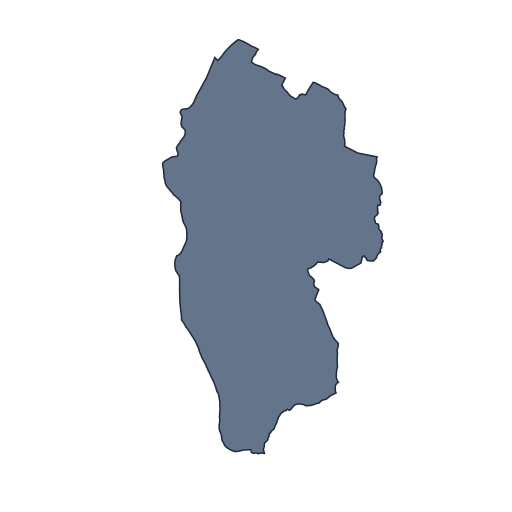 Makete, Njombe, United Republic of Tanzania, rotated 30°
{"feature_id": "72390352B51873582002434", "entity_name": "Makete", "entity_type": "district", "adm_level": 2, "iso_a3": "TZA", "parent_name": "United Republic of Tanzania", "parent_adm1": "Njombe", "projection": "albers", "projection_center": [34.157, -9.274], "detail": "fine", "context": "isolated", "style": "filled", "palette": "slate", "viewbox_px": 512, "rotation_deg": 30, "n_neighbors": 0, "source": "geoboundaries", "source_scale": "gbopen_adm2", "svg_char_len": 6036}
<svg xmlns="http://www.w3.org/2000/svg" viewBox="0 0 512 512"><g transform="rotate(30 256 256)"><path d="M231.2,352.7L234.5,353.9L237.7,355.7L245.4,359.7L246.7,360.5L248.3,361.8L252.4,364.6L253.5,365.9L255.2,367.3L260.2,371.2L264.0,373.5L264.4,373.6L264.6,373.9L266.4,375.0L267.8,376.0L268.7,376.9L271.2,378.4L271.7,379.0L272.8,379.8L274.1,380.4L275.7,381.6L276.9,382.6L282.4,386.3L285.0,388.3L290.2,393.1L290.8,393.3L292.6,394.4L297.7,400.5L299.1,403.1L301.0,405.8L304.6,413.2L305.5,414.7L306.7,416.2L308.6,420.7L309.5,422.4L309.9,422.9L310.2,423.6L310.8,424.4L311.4,424.9L312.2,425.8L314.3,427.3L315.8,428.8L317.3,430.8L318.1,431.8L318.7,432.5L319.7,433.3L321.1,433.8L323.3,435.6L325.2,436.2L326.7,436.5L328.6,436.6L331.1,436.6L333.0,436.4L334.9,436.1L336.4,435.4L339.5,433.0L341.5,430.9L343.3,429.5L348.4,426.3L348.8,426.7L349.6,427.6L349.9,428.3L352.0,428.3L352.5,428.1L354.6,426.4L355.0,426.2L355.3,426.1L356.2,426.3L356.7,426.2L358.3,424.5L360.0,423.5L361.0,423.2L362.0,422.7L360.5,421.1L359.0,419.9L358.7,417.8L358.0,415.9L356.8,413.6L357.8,411.3L358.1,409.0L357.3,407.3L357.5,406.2L357.1,404.9L356.2,403.2L357.0,402.0L357.0,400.2L357.6,397.6L358.1,396.3L357.6,394.6L357.4,392.1L357.4,390.1L356.7,388.2L356.6,386.6L356.0,384.5L356.4,382.5L356.1,380.5L357.8,376.4L359.4,374.6L359.8,373.1L361.9,373.0L362.7,371.8L363.1,370.8L363.0,369.7L363.4,368.6L363.4,367.9L363.6,366.8L364.1,365.9L364.2,365.4L364.7,364.7L366.0,363.5L367.8,362.2L368.3,362.0L369.3,361.8L370.5,361.1L371.9,360.8L373.7,360.8L374.3,360.6L374.7,360.4L376.6,359.1L378.6,357.6L379.4,356.8L380.8,355.2L381.3,354.5L384.5,351.3L384.3,350.2L385.6,347.8L387.1,346.1L388.4,344.9L389.5,342.3L390.3,339.8L392.3,336.9L393.8,334.5L392.6,333.7L391.9,332.7L390.6,330.7L390.1,329.8L389.7,328.8L389.5,327.0L389.9,325.3L390.5,324.0L389.8,324.0L386.3,321.3L383.4,315.7L381.8,310.9L378.6,306.1L376.5,302.2L375.4,299.7L373.8,297.8L373.1,296.1L372.2,292.8L371.5,291.5L370.8,290.4L365.5,288.8L364.6,288.1L363.1,287.6L362.6,287.2L362.3,286.8L361.5,286.4L360.7,285.6L359.7,285.0L356.7,282.4L352.1,279.4L351.1,278.1L340.5,269.3L339.0,268.5L337.7,267.5L336.7,267.0L335.6,266.0L330.7,265.3L328.9,264.5L327.7,258.0L327.4,254.2L327.0,253.7L322.6,253.4L320.8,252.4L319.4,250.3L319.2,248.4L317.9,247.4L314.5,246.4L312.8,246.4L310.3,244.9L307.9,242.6L307.4,241.3L308.8,239.3L309.3,239.1L310.7,236.6L312.0,233.3L312.4,230.5L312.6,230.5L313.9,229.7L317.7,227.9L319.9,225.6L320.7,224.1L320.5,222.2L339.7,221.4L341.9,220.6L343.2,220.0L344.9,218.8L346.4,216.4L347.6,214.0L348.7,212.4L350.4,209.6L348.6,203.6L348.8,202.7L349.0,202.2L349.6,201.9L350.5,202.5L351.9,202.5L354.4,204.3L356.6,203.5L360.1,201.7L361.2,197.8L360.7,194.9L360.7,193.3L361.1,192.0L361.9,190.1L360.2,187.9L360.5,186.6L360.4,185.5L359.9,185.1L359.3,183.5L359.4,182.7L358.7,182.2L358.7,180.9L358.9,180.0L358.6,179.5L355.9,177.8L355.8,176.6L355.4,176.2L354.3,173.8L352.5,173.0L352.5,172.3L349.6,171.4L348.5,170.9L348.1,169.5L347.1,168.8L346.5,167.7L346.1,167.3L345.3,167.4L343.5,168.0L342.4,167.0L341.7,166.1L340.7,165.4L339.9,164.6L339.3,162.7L339.8,160.9L340.4,159.5L340.4,158.8L340.1,157.1L339.0,156.7L338.6,156.1L338.1,154.5L337.1,153.6L336.1,151.1L337.8,150.2L337.9,149.1L337.4,148.4L337.3,147.2L336.9,146.7L334.5,144.6L333.2,142.4L333.4,140.9L334.1,139.0L333.6,138.0L330.6,134.1L327.1,131.4L323.6,129.7L319.4,128.9L317.7,127.8L317.1,125.6L315.1,120.3L314.2,116.5L313.3,113.7L311.9,111.9L311.3,109.6L292.7,115.9L277.7,116.6L277.8,116.0L277.1,115.0L275.6,112.4L274.0,110.2L273.7,110.1L273.2,109.6L272.8,109.4L271.1,107.0L270.9,105.8L270.7,105.4L270.1,104.8L269.6,104.2L269.3,103.2L269.3,102.5L269.0,101.8L268.1,100.6L267.6,98.6L266.9,97.6L266.4,96.2L265.4,94.1L262.1,88.8L261.6,87.4L261.0,86.5L260.6,85.3L260.5,84.1L260.6,83.8L257.8,82.3L253.7,79.5L250.4,78.3L249.2,78.1L247.1,76.5L246.9,76.5L246.4,75.7L245.3,76.0L244.2,76.6L238.9,76.6L236.4,76.0L236.1,75.7L234.5,75.4L232.5,75.6L230.5,75.8L229.6,76.1L228.0,76.3L226.1,76.1L225.2,76.1L223.3,76.4L221.9,76.3L220.2,76.6L219.2,76.7L218.8,76.9L218.6,77.1L218.6,79.0L218.3,83.8L218.4,84.9L218.3,86.9L218.4,91.6L214.5,92.9L214.0,94.6L213.5,94.7L213.1,94.7L213.3,97.3L212.9,98.7L211.5,100.4L205.3,100.1L202.3,99.0L200.9,98.3L197.9,97.8L195.6,96.6L194.5,95.7L192.9,95.3L192.7,90.8L192.5,88.4L192.4,87.2L191.2,87.4L186.0,87.6L182.3,88.3L182.2,88.9L179.9,88.9L174.7,89.5L172.4,89.1L170.9,89.0L167.2,89.2L164.6,89.6L159.6,90.7L157.9,90.5L155.1,90.5L153.9,85.3L154.6,82.6L154.6,80.4L154.2,79.0L154.7,75.9L152.8,75.9L149.7,76.1L147.4,76.6L145.5,76.4L138.0,76.5L137.2,76.7L133.3,77.2L132.3,77.7L131.0,80.7L129.0,86.3L127.0,94.6L126.7,97.0L126.6,99.2L126.2,101.0L125.8,103.3L125.3,105.2L125.0,105.6L123.1,105.3L121.1,104.6L124.0,126.1L124.4,147.0L125.3,154.8L124.8,158.7L124.1,160.7L123.3,162.4L119.4,165.4L118.2,166.6L118.3,169.1L119.0,170.0L121.6,171.8L122.6,172.9L123.7,176.1L125.0,179.2L126.2,180.2L127.0,181.1L130.6,182.1L131.5,182.4L132.0,182.8L132.7,184.0L132.9,184.6L133.3,184.9L133.6,185.6L133.6,185.8L133.8,186.9L134.0,188.7L133.2,194.3L133.3,195.2L133.4,196.5L133.2,196.8L133.0,198.5L133.0,200.0L132.9,200.3L132.9,201.5L133.2,202.5L134.7,204.1L136.1,205.1L136.7,205.7L137.0,206.3L137.0,206.5L137.0,206.4L138.1,207.9L137.9,208.9L136.6,210.0L135.4,210.8L133.9,212.2L133.6,212.3L133.0,213.3L130.1,218.5L129.9,218.6L129.0,220.9L129.0,222.3L128.9,222.3L129.3,223.4L129.8,224.2L132.9,227.7L134.3,229.9L135.7,231.7L137.5,234.5L138.9,235.5L141.0,238.3L143.1,239.9L145.9,241.1L146.9,241.3L148.7,242.2L152.2,243.2L153.4,244.0L154.5,244.3L156.5,244.5L158.3,244.8L160.3,245.3L162.3,246.1L163.6,246.4L164.1,247.2L165.2,249.4L166.8,251.9L167.7,253.8L174.1,260.9L174.6,261.8L174.8,261.8L176.8,263.5L179.1,264.8L180.0,265.6L181.1,266.3L181.6,266.7L183.4,268.9L185.0,271.4L186.7,274.3L187.7,276.5L188.4,278.7L188.9,284.6L189.4,288.8L189.2,291.7L188.4,294.2L187.8,295.0L187.2,295.4L187.9,299.7L189.3,302.8L191.3,306.0L193.6,308.6L199.8,311.9L201.6,314.5L206.5,323.1L213.1,333.9L215.7,337.6L221.7,345.6L223.4,348.6L226.5,349.9L231.2,352.7Z" fill="#64748b" stroke="#1e293b" stroke-width="1.5"/></g></svg>